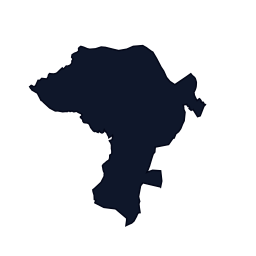 the district of Yamaltu/Deba, Gombe, Nigeria, rotated 162°
{"feature_id": "59680162B47339407576735", "entity_name": "Yamaltu/Deba", "entity_type": "district", "adm_level": 2, "iso_a3": "NGA", "parent_name": "Nigeria", "parent_adm1": "Gombe", "projection": "robinson", "projection_center": [11.461, 10.308], "detail": "fine", "context": "isolated", "style": "filled", "palette": "ink", "viewbox_px": 256, "rotation_deg": 162, "n_neighbors": 0, "source": "geoboundaries", "source_scale": "gbopen_adm2", "svg_char_len": 4171}
<svg xmlns="http://www.w3.org/2000/svg" viewBox="0 0 256 256"><g transform="rotate(162 128 128)"><path d="M142.7,43.8L141.8,49.3L141.6,50.1L141.2,52.2L140.2,53.9L139.6,54.5L139.4,57.1L139.2,59.5L133.9,69.2L130.8,71.3L123.7,67.0L115.4,62.0L115.3,61.8L112.3,67.1L110.2,77.2L117.7,80.2L123.9,79.9L122.0,82.0L119.3,85.3L115.1,91.4L112.2,95.4L109.9,96.9L109.5,98.0L108.0,101.5L105.8,101.2L94.5,99.8L88.4,104.4L87.2,104.2L86.2,105.4L86.1,105.5L84.3,107.7L84.2,107.7L81.0,108.9L78.1,111.1L77.0,112.4L75.1,114.7L72.4,117.5L68.9,125.4L69.2,128.7L68.7,130.3L68.5,132.7L68.4,132.9L66.6,132.6L64.8,132.5L64.8,132.1L64.8,131.6L64.7,131.2L64.5,130.6L64.3,130.2L64.2,129.8L64.0,129.7L63.8,129.6L63.5,129.6L63.3,129.5L63.2,129.5L63.2,128.6L63.3,127.7L63.8,127.5L62.5,125.4L62.3,125.5L61.9,125.5L60.9,125.3L60.5,125.2L60.3,125.3L58.3,117.3L55.6,117.3L49.8,124.4L48.9,125.4L47.6,126.0L47.3,126.3L47.6,126.4L47.6,126.7L47.7,126.9L47.9,127.0L48.0,127.1L48.2,126.9L48.4,127.1L48.6,127.4L48.7,127.6L48.6,127.8L48.6,128.0L48.5,128.3L48.4,128.4L48.5,128.6L48.5,128.8L48.5,129.1L48.8,129.2L48.8,129.3L48.9,129.5L49.0,129.5L49.2,129.4L49.4,129.2L49.5,129.0L49.8,129.1L50.0,129.6L50.2,129.9L50.2,130.0L50.3,130.0L50.3,130.4L50.4,130.7L50.4,131.0L50.2,131.2L50.1,131.3L50.3,131.7L50.3,131.8L50.4,132.7L51.1,133.8L53.8,132.7L54.4,135.0L54.4,135.4L54.6,136.8L54.7,137.6L54.8,138.6L54.8,138.9L54.5,140.4L54.3,141.7L52.9,143.0L51.6,144.6L50.6,146.1L49.5,148.7L48.9,150.4L48.8,152.3L48.8,154.5L49.5,156.2L50.7,158.0L51.5,160.2L56.6,158.6L70.1,154.7L73.8,159.3L75.8,164.3L76.5,171.1L77.8,175.7L79.4,185.3L81.0,192.5L82.3,193.9L82.4,194.1L84.3,196.7L85.7,198.7L86.9,200.0L87.3,200.4L88.5,201.8L97.8,204.0L104.7,203.3L113.0,204.5L117.3,207.1L124.7,211.7L128.5,213.3L134.4,213.3L140.1,214.7L142.2,215.9L145.2,218.5L147.7,220.2L149.5,219.6L150.4,219.0L150.8,217.4L151.2,216.4L153.2,215.7L155.9,215.6L158.5,214.9L159.7,212.7L159.4,211.9L159.0,211.1L159.2,210.3L160.7,209.0L160.9,207.7L162.4,206.2L164.2,205.5L166.4,205.5L167.6,206.0L169.4,204.9L171.0,204.2L171.7,204.3L172.0,205.4L174.8,204.1L178.0,202.5L179.4,202.1L181.8,202.3L184.0,203.1L185.8,204.0L187.2,203.0L188.0,201.5L189.2,200.4L190.1,199.7L194.7,201.8L197.2,200.5L198.8,201.1L203.2,196.3L205.7,196.8L206.1,197.8L206.6,198.3L206.9,198.4L207.3,198.3L207.6,197.9L208.7,197.7L208.6,197.1L208.4,196.4L208.4,196.0L207.9,195.2L207.8,194.7L207.8,194.3L207.4,193.6L203.4,189.2L202.1,181.1L201.0,180.1L200.5,178.8L196.3,171.3L191.9,166.7L189.4,166.0L185.0,163.6L183.9,163.4L181.9,162.9L181.4,162.7L180.8,162.4L180.3,162.7L179.2,162.5L178.5,162.4L178.0,161.6L176.8,161.5L176.0,161.7L175.7,161.4L175.2,160.7L174.4,160.1L173.6,160.1L172.9,160.0L171.4,159.6L170.8,158.6L169.5,157.3L168.2,156.3L167.7,154.9L168.2,153.7L168.8,153.5L169.6,153.5L169.9,153.1L169.9,152.5L169.3,151.7L168.8,150.8L168.6,149.5L168.8,148.3L168.3,146.9L167.3,146.3L166.0,145.8L164.7,145.0L164.0,144.3L163.6,143.2L163.4,142.1L163.3,140.0L162.7,138.4L161.9,136.1L161.0,135.0L159.6,134.8L158.7,133.8L157.8,133.0L156.9,133.7L156.3,134.2L155.7,132.7L154.7,131.6L153.8,131.3L152.5,131.7L151.1,133.7L150.6,131.6L149.7,130.2L149.6,129.6L149.5,128.0L149.0,125.7L149.2,124.7L148.5,124.9L147.5,125.2L147.0,125.3L146.5,125.5L145.9,125.7L145.2,125.9L144.9,126.0L144.9,125.8L145.0,125.5L145.0,125.1L145.1,124.8L145.1,124.7L145.2,124.4L145.4,124.3L145.5,124.0L145.7,123.6L145.9,123.3L146.2,122.8L146.3,122.3L146.3,122.1L146.6,121.8L147.7,121.7L148.0,121.7L149.6,121.7L149.6,121.2L149.4,120.6L149.2,120.1L148.9,119.4L149.0,118.1L148.8,116.9L149.1,116.5L150.1,113.5L150.4,111.2L151.4,108.4L153.7,107.8L154.3,106.1L155.1,104.3L155.6,104.0L155.9,103.6L156.0,103.2L156.3,103.1L157.5,103.0L158.8,102.6L160.0,102.0L160.7,101.7L161.1,101.6L161.9,101.3L162.7,101.0L164.0,99.9L164.2,97.9L164.5,96.2L164.6,94.1L164.3,92.6L165.0,91.1L165.5,89.5L170.4,84.6L175.1,82.4L178.8,80.7L180.5,80.1L180.8,78.7L180.9,76.3L180.9,74.7L182.1,70.4L180.9,69.3L181.7,68.2L182.4,67.4L182.6,67.1L180.4,64.9L175.5,60.0L174.0,59.3L164.8,55.0L157.1,42.6L157.9,40.3L160.1,35.8L157.1,36.2L153.9,36.5L151.1,37.7L149.2,39.5L147.1,41.5L145.8,43.1L144.3,44.2L142.7,43.8L142.7,43.8Z" fill="#0f172a" stroke="#020617" stroke-width="1.5"/></g></svg>